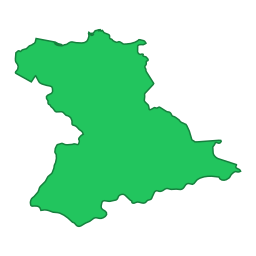 an SVG outline of Anzoátegui
{"feature_id": "VEN-40", "entity_name": "Anzoátegui", "entity_type": "State", "adm_level": 1, "iso_a3": "VEN", "parent_name": "Venezuela", "parent_adm1": "", "projection": "orthographic", "projection_center": [-64.438, 8.961], "detail": "fine", "context": "isolated", "style": "filled", "palette": "green", "viewbox_px": 256, "rotation_deg": 0, "n_neighbors": 0, "source": "natural_earth", "source_scale": "10m", "svg_char_len": 5700}
<svg xmlns="http://www.w3.org/2000/svg" viewBox="0 0 256 256"><path d="M36.1,38.5L55.2,42.1L58.2,43.7L61.0,44.4L61.8,44.7L61.8,45.2L56.2,43.4L54.7,43.1L55.4,44.2L56.7,45.0L58.3,45.5L61.6,45.8L62.3,45.7L63.0,45.5L64.3,44.8L66.6,44.4L69.2,42.7L70.5,42.1L72.0,41.9L76.1,42.7L81.6,43.0L84.4,42.6L86.6,41.4L87.4,40.3L88.0,39.2L88.9,36.4L88.9,35.2L88.5,33.3L88.9,32.3L89.5,32.9L90.2,33.3L91.0,33.4L91.9,33.3L91.4,34.1L91.1,34.2L90.4,34.4L91.2,35.4L92.5,35.3L93.3,34.6L92.5,33.8L93.3,33.2L95.2,30.7L96.3,30.5L98.5,29.8L99.6,29.7L99.4,30.2L99.1,30.7L100.2,30.5L100.6,30.2L101.1,31.1L101.6,31.0L102.0,30.5L102.3,30.4L103.3,31.6L103.9,32.6L105.2,33.2L108.3,34.4L109.1,34.9L109.5,35.6L109.6,36.2L109.6,37.6L109.8,38.4L110.1,38.7L110.6,38.9L111.4,39.1L112.0,39.5L112.3,39.8L112.5,40.2L113.5,41.0L115.7,42.1L116.4,42.3L117.4,42.2L118.9,41.7L119.5,41.8L120.2,42.0L122.3,43.3L122.9,43.8L123.9,44.1L126.3,44.0L130.8,43.5L135.1,42.2L137.8,40.7L138.9,39.7L139.4,39.7L140.3,39.8L143.8,40.7L144.7,41.3L146.0,43.2L145.5,43.6L143.5,44.6L143.1,44.7L141.3,44.6L139.5,44.7L138.7,45.0L138.1,45.4L137.8,45.7L137.7,46.0L137.6,51.8L137.8,52.4L138.2,53.1L139.1,54.0L139.7,54.3L140.2,54.4L141.8,54.1L142.4,54.1L143.1,54.3L143.2,54.6L142.9,55.4L143.0,55.8L143.5,56.2L145.3,56.7L146.1,57.0L146.4,57.3L147.8,58.9L148.0,59.3L148.1,59.7L148.0,60.4L147.7,60.7L146.5,61.2L146.3,61.5L146.2,62.0L146.3,63.6L146.2,64.1L146.1,64.6L145.0,66.1L144.8,66.9L144.9,67.4L145.8,69.1L145.9,69.9L145.8,70.4L146.5,72.0L153.7,83.4L153.4,84.1L153.0,84.7L144.8,93.5L144.6,94.0L144.7,96.7L144.3,100.5L144.6,101.3L145.3,102.2L148.2,105.0L148.6,106.0L149.2,109.2L149.3,109.5L149.6,109.7L150.1,109.7L150.9,109.5L153.3,108.2L154.3,107.6L154.7,107.6L156.1,108.0L156.7,108.1L157.2,108.0L157.5,107.9L158.5,107.3L159.3,107.1L160.2,107.5L166.2,111.3L167.3,111.8L168.9,112.0L169.7,112.3L170.6,113.1L171.3,114.2L172.0,115.7L172.4,116.1L174.1,116.6L175.5,117.3L178.9,119.8L179.3,120.2L179.9,121.1L180.5,121.7L181.6,122.5L183.6,123.3L184.6,123.9L185.8,124.3L186.8,125.7L189.3,131.1L191.8,139.6L192.2,140.1L193.5,140.8L194.0,141.1L194.6,141.7L195.4,141.9L196.9,141.9L218.8,140.3L220.8,140.4L221.2,141.3L220.8,142.0L220.4,142.6L219.8,143.0L219.0,143.2L218.6,143.2L216.7,142.6L216.3,142.5L215.5,142.7L215.2,143.0L214.6,144.5L212.9,146.8L212.8,147.2L213.1,152.6L213.4,154.0L214.1,155.4L215.5,157.0L216.9,158.0L218.0,158.6L236.4,164.6L236.5,164.9L236.4,165.2L235.9,166.3L235.8,166.7L235.8,167.2L236.1,167.7L236.5,168.1L239.3,169.5L240.0,170.1L240.6,171.2L239.8,171.6L239.0,171.9L238.0,172.0L236.2,171.7L235.3,171.6L234.3,172.0L233.3,172.7L231.5,174.3L230.9,175.1L230.0,176.7L229.5,177.5L228.7,178.2L226.2,179.7L224.1,180.2L221.9,180.0L220.0,178.9L218.9,177.0L211.5,176.2L207.8,176.3L204.1,176.8L200.3,178.0L198.5,178.9L196.9,180.0L194.0,183.5L192.5,184.3L188.6,183.5L187.3,183.7L186.1,184.4L185.2,185.5L183.8,187.6L182.9,188.5L181.8,189.2L180.4,189.5L176.2,189.1L171.3,189.4L169.8,189.1L168.4,188.7L167.3,188.5L166.1,188.6L164.8,189.2L162.7,190.6L161.5,191.1L160.3,191.4L159.0,191.3L157.7,190.9L156.5,190.7L155.2,191.3L154.4,192.2L152.3,196.8L151.6,198.5L151.0,199.2L150.2,199.6L148.3,200.1L147.4,200.5L146.9,201.0L145.9,202.1L145.3,202.6L144.6,202.9L143.8,203.1L142.2,203.0L139.0,202.2L137.5,202.0L135.8,202.5L134.3,203.1L133.0,203.2L132.0,202.6L131.7,200.9L130.8,200.5L129.9,199.8L125.1,195.2L123.7,194.4L122.5,194.3L121.2,194.5L120.0,195.0L119.0,195.7L118.4,196.5L117.6,198.5L117.0,199.3L116.0,200.0L110.0,201.3L108.7,201.3L104.5,200.7L103.2,200.9L102.2,201.8L101.8,202.8L101.1,206.3L101.5,208.4L103.0,209.8L104.9,210.9L106.4,212.5L106.6,214.6L105.3,216.4L103.3,217.7L101.2,218.4L99.8,218.4L96.0,217.7L94.7,217.9L93.6,218.4L89.7,221.3L85.5,223.1L81.0,225.8L79.6,226.3L78.2,226.3L77.0,225.8L76.1,225.0L74.4,223.0L72.4,222.1L67.8,217.9L64.0,215.2L59.8,213.1L57.6,212.6L53.1,212.2L48.8,210.6L46.7,210.1L44.6,209.9L40.9,210.4L40.7,209.7L40.1,208.2L39.8,207.7L39.3,207.2L38.4,206.5L36.8,206.1L34.8,206.0L32.4,206.1L32.0,206.1L31.3,205.7L31.0,205.5L30.7,204.8L30.4,203.0L30.4,202.1L30.6,201.1L31.0,199.9L31.6,198.7L32.7,197.6L33.8,196.8L34.4,196.2L38.0,192.0L39.0,189.5L39.3,188.2L40.2,186.6L45.0,181.8L45.7,180.8L47.6,177.2L48.1,176.5L51.4,173.7L52.2,172.7L53.9,168.2L54.3,165.4L54.6,164.6L55.5,162.8L56.4,158.5L56.4,157.5L56.3,156.7L56.3,154.8L56.2,154.5L55.0,152.5L54.9,151.7L55.3,148.4L56.8,145.3L57.3,144.7L57.8,144.5L59.7,144.0L61.2,143.5L61.7,143.4L62.3,143.4L64.6,144.4L65.2,144.6L67.0,144.8L72.3,144.4L73.4,144.0L74.3,143.9L75.7,144.1L76.9,144.5L77.8,144.6L78.2,144.4L78.6,143.8L79.2,142.2L79.3,141.3L79.3,140.7L78.7,139.2L78.8,138.6L79.1,137.9L80.1,136.7L81.3,135.4L83.3,134.2L82.3,132.0L81.9,131.5L81.5,131.1L79.9,130.0L79.0,129.3L77.5,127.6L76.2,126.4L75.2,125.8L72.7,125.0L72.4,124.7L72.1,124.3L72.0,123.5L72.0,121.3L71.8,120.3L71.1,118.6L70.9,118.1L70.4,117.5L69.4,116.6L68.2,115.9L66.1,115.3L65.5,114.8L63.5,112.7L62.9,112.2L62.2,111.9L61.3,111.7L56.6,111.9L56.1,111.8L55.4,111.5L54.7,110.8L53.4,108.9L52.4,107.8L51.2,106.8L50.6,106.0L50.1,105.1L49.6,104.7L48.7,104.3L48.4,104.0L48.2,103.6L48.0,103.1L48.0,101.0L47.9,100.6L46.9,99.1L46.5,98.3L46.5,97.4L46.5,96.5L47.7,95.2L51.4,93.4L51.9,92.8L52.3,92.2L52.6,91.4L52.6,90.9L52.4,88.3L52.0,87.2L51.5,86.7L50.7,86.3L49.4,85.9L46.7,85.4L43.0,84.3L41.6,83.8L40.2,83.0L39.6,82.6L38.9,81.7L35.7,75.8L35.1,76.2L34.8,76.6L31.3,81.9L16.0,73.4L15.6,73.0L15.5,72.8L15.5,72.3L15.7,71.8L17.4,69.7L17.8,68.8L18.2,66.4L17.5,64.4L15.9,62.1L15.5,60.9L15.4,58.8L15.9,52.8L18.0,51.0L18.3,50.9L18.7,50.8L19.3,50.9L20.0,51.4L20.3,51.5L20.7,51.4L21.5,50.5L22.2,50.0L22.9,49.7L24.9,49.1L26.0,48.9L27.1,48.1L29.0,46.2L29.8,45.7L31.5,45.1L33.3,43.9L34.4,43.3L35.2,42.2L36.1,38.5Z" fill="#22c55e" stroke="#15803d" stroke-width="1.5"/></svg>